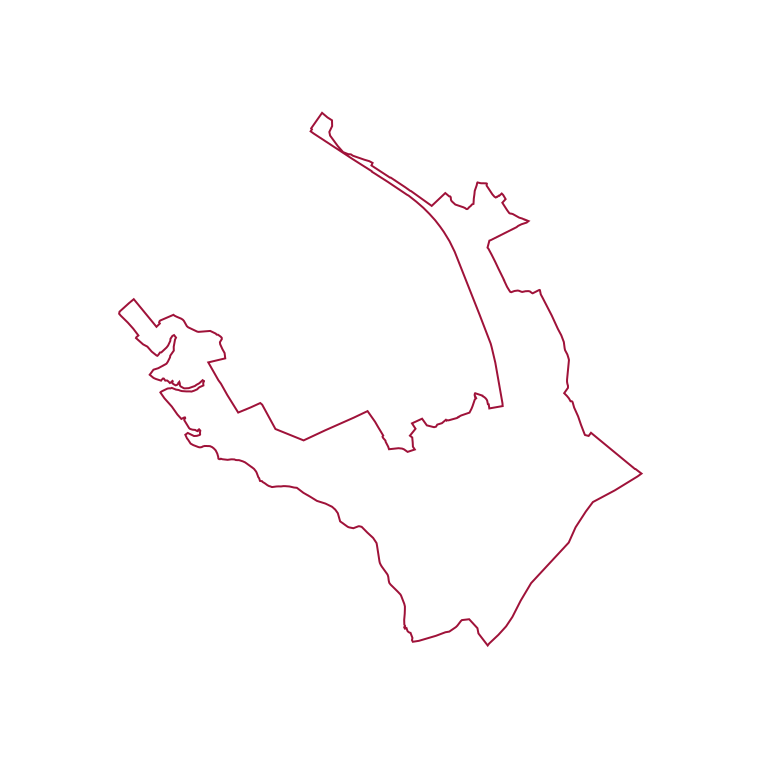 Cernavoda, Constanta, Romania, rotated 202°
{"feature_id": "2599482B32404237581022", "entity_name": "Cernavoda", "entity_type": "district", "adm_level": 2, "iso_a3": "ROU", "parent_name": "Romania", "parent_adm1": "Constanta", "projection": "robinson", "projection_center": [28.079, 44.315], "detail": "fine", "context": "isolated", "style": "outline", "palette": "rose", "viewbox_px": 768, "rotation_deg": 202, "n_neighbors": 0, "source": "geoboundaries", "source_scale": "gbopen_adm2", "svg_char_len": 6166}
<svg xmlns="http://www.w3.org/2000/svg" viewBox="0 0 768 768"><g transform="rotate(202 384 384)"><path d="M173.0,254.5L153.3,306.2L152.7,322.9L149.1,341.4L146.1,352.8L130.1,371.9L114.2,393.4L111.7,397.4L119.0,399.4L119.5,399.2L173.8,416.3L174.8,412.5L178.5,412.0L179.3,412.7L186.1,420.0L191.9,426.7L198.9,433.4L202.3,437.8L202.9,438.2L203.4,438.3L204.1,438.2L204.6,437.9L207.1,439.9L209.8,441.4L213.5,443.0L212.0,449.3L212.7,451.2L214.0,452.8L215.1,454.6L215.9,456.6L221.4,475.2L221.8,476.0L223.2,477.8L225.1,480.1L228.8,483.2L229.9,484.8L233.0,490.3L237.9,495.6L243.4,500.2L254.2,510.4L270.0,524.0L272.2,525.8L274.6,529.4L274.9,529.5L275.5,529.1L280.1,523.8L281.0,523.8L283.5,524.5L285.0,524.2L287.6,523.0L290.2,521.2L291.1,521.0L293.8,521.0L295.1,520.7L297.9,519.1L300.4,516.8L301.4,516.7L302.8,517.6L306.3,520.2L311.8,525.3L311.7,525.4L321.2,533.9L326.6,538.9L332.4,544.0L337.9,548.6L339.1,549.2L340.0,556.4L339.0,557.3L319.9,579.0L318.8,580.9L316.4,583.6L312.2,587.1L311.0,589.2L313.8,589.2L313.7,589.1L315.1,589.0L317.7,589.2L321.0,588.9L328.1,589.8L329.5,589.7L330.9,589.3L331.9,589.4L334.7,591.1L342.2,596.4L340.5,601.0L344.3,603.9L346.2,604.7L347.7,601.6L348.2,601.6L349.1,599.9L349.6,599.8L350.2,598.8L351.7,599.0L354.5,600.4L363.2,606.4L363.7,608.3L364.5,608.3L369.5,606.4L372.8,605.9L372.9,605.2L372.5,603.0L372.2,597.0L371.3,594.0L370.2,589.6L368.5,584.5L369.7,583.4L370.4,581.3L371.1,580.2L372.0,577.8L372.5,577.3L373.2,577.1L374.7,577.5L376.6,577.6L385.1,577.1L389.1,578.6L390.4,579.3L391.1,580.2L392.1,582.2L393.0,582.7L393.8,582.4L398.7,584.0L406.5,567.0L431.3,573.0L431.9,572.9L438.6,574.5L455.2,577.9L455.7,577.6L477.5,581.9L477.4,584.7L481.1,585.1L486.2,584.6L498.4,584.0L500.7,584.5L503.3,583.7L508.8,583.7L516.0,587.3L527.0,594.1L529.1,597.2L528.7,603.7L531.0,609.0L536.3,610.0L543.0,612.2L547.3,593.7L546.2,593.1L546.7,590.8L543.1,589.9L497.9,580.9L475.1,576.7L474.8,576.3L456.5,572.9L433.6,568.1L431.8,567.9L422.2,565.1L413.5,562.1L405.5,558.7L397.9,555.0L390.9,550.9L385.6,547.5L376.7,540.9L367.9,533.0L321.0,483.7L300.2,461.4L298.0,458.5L288.8,445.5L267.0,410.6L265.7,408.0L277.2,400.8L279.3,404.4L280.1,404.2L282.1,407.2L283.0,408.0L284.4,408.8L286.0,409.4L288.1,409.7L288.3,410.1L295.9,409.6L295.9,409.1L296.1,409.0L295.9,407.8L294.7,406.1L294.5,406.5L293.3,405.4L293.6,405.1L293.5,404.6L294.0,403.4L293.6,396.6L293.6,394.0L294.0,389.5L300.7,383.7L302.7,381.3L302.5,381.2L303.6,379.8L310.5,374.5L311.8,374.1L312.2,373.5L313.2,374.0L315.6,369.4L319.4,366.3L319.8,363.9L321.4,362.7L328.8,361.7L335.7,366.1L343.3,358.0L338.0,354.3L340.6,345.8L337.8,345.0L335.6,340.8L333.7,336.7L330.9,334.8L336.7,329.9L341.0,330.9L343.0,330.9L346.5,329.9L354.9,325.4L356.7,327.5L360.8,331.0L361.5,332.1L364.5,333.6L365.4,334.3L365.7,334.8L365.4,335.9L373.5,342.0L378.1,345.6L389.1,352.7L399.4,341.5L421.2,319.0L437.4,301.6L467.8,301.6L489.2,319.2L491.6,320.0L498.9,312.3L508.5,302.9L525.2,315.1L535.3,323.2L539.0,325.5L555.0,338.2L540.8,348.3L543.4,353.0L546.9,355.8L550.8,359.5L551.8,361.3L551.2,364.9L551.8,366.1L553.1,366.7L556.3,367.5L557.7,367.1L558.9,367.7L565.0,368.1L575.4,362.9L576.8,362.6L586.8,363.2L588.5,363.8L593.1,367.5L594.5,368.2L596.3,368.6L601.6,368.7L604.0,368.9L605.1,369.3L615.2,359.1L615.6,358.4L615.6,356.9L614.5,356.1L616.4,351.8L647.8,368.9L650.8,363.3L656.3,352.0L655.9,349.9L653.8,348.8L644.6,345.0L637.3,341.4L629.9,337.0L631.1,334.7L631.2,333.7L622.2,330.5L617.4,330.0L611.5,327.0L605.5,325.2L604.6,325.3L604.0,327.0L603.5,329.3L602.3,329.9L599.3,336.3L598.6,338.8L598.3,343.9L598.9,345.9L598.2,349.3L597.0,350.7L594.2,349.1L594.4,346.9L592.9,339.7L591.4,336.2L592.8,330.2L592.4,328.6L592.8,323.6L593.3,321.3L599.2,314.1L603.1,310.9L604.7,304.8L600.0,303.3L597.4,303.2L592.0,303.6L591.9,304.2L590.9,306.4L590.1,306.5L588.1,305.2L586.4,306.0L584.9,305.6L582.9,304.7L582.2,305.6L581.3,307.6L580.9,307.4L580.9,306.0L580.4,305.4L579.1,305.0L576.7,304.7L575.8,305.4L575.0,306.8L575.1,307.9L574.6,309.3L573.6,308.1L572.8,306.4L571.8,305.6L568.1,305.1L567.1,305.3L563.5,307.0L558.6,311.3L557.5,313.1L555.6,315.4L553.6,319.6L552.9,319.4L552.0,319.3L551.9,319.0L552.1,317.4L550.9,315.0L553.7,312.1L554.4,311.1L555.2,309.1L557.4,306.8L559.6,304.9L561.6,304.3L564.8,303.0L568.8,301.7L570.5,301.5L572.2,301.5L574.8,300.9L579.3,300.9L580.4,299.9L581.4,299.6L583.0,298.7L587.0,294.3L588.1,292.8L588.2,292.4L582.2,288.5L572.3,283.6L564.1,278.3L558.8,275.7L556.6,278.2L555.9,278.4L555.5,277.8L555.9,276.4L555.6,275.6L548.2,270.1L547.0,269.7L544.5,269.9L541.8,270.7L540.3,270.4L539.0,270.5L538.8,271.6L539.0,271.8L538.5,272.7L536.9,272.0L536.4,270.0L535.6,268.3L535.8,267.7L538.1,265.8L540.7,264.6L547.6,265.1L549.2,262.5L546.2,259.7L545.0,259.1L541.0,256.3L538.0,255.9L532.3,256.0L530.9,256.3L529.4,257.2L528.5,258.3L527.0,259.4L522.1,261.2L519.7,261.1L517.6,260.5L515.2,259.4L512.5,257.0L510.4,254.3L509.6,252.8L508.7,252.6L507.8,252.9L507.3,253.6L505.7,253.7L500.6,255.1L497.3,257.0L494.5,258.0L492.8,258.0L489.8,259.1L486.0,259.4L483.4,259.3L474.1,257.0L472.7,256.6L471.7,256.0L469.8,254.9L468.8,254.0L465.5,250.4L464.5,249.9L462.7,247.7L460.7,248.2L459.9,247.7L457.3,247.3L454.2,246.5L452.4,246.3L450.6,246.5L449.7,246.4L449.0,246.6L445.5,248.6L443.4,249.6L441.2,250.4L438.9,251.7L437.3,252.3L433.2,253.6L428.7,254.3L425.9,255.1L417.9,252.9L410.5,251.9L402.4,250.5L393.5,251.2L386.1,250.7L382.0,249.2L378.4,246.9L373.2,240.2L364.1,238.0L362.7,238.0L358.4,238.8L354.4,242.5L353.4,242.9L351.2,243.2L343.8,240.0L336.4,237.2L331.3,233.7L329.9,231.5L321.8,217.9L320.8,216.5L319.4,215.2L317.7,213.9L309.9,209.0L309.1,208.4L307.8,206.8L305.9,203.4L304.6,201.6L302.8,200.5L293.4,196.6L289.9,195.0L288.8,194.1L282.9,187.8L281.3,185.6L280.3,183.1L278.7,178.7L276.9,172.8L275.0,168.5L273.9,167.7L273.6,167.0L273.9,166.7L273.3,166.2L272.9,166.3L273.7,165.6L272.9,165.0L271.7,166.1L269.8,163.9L269.2,163.5L267.7,163.1L266.5,163.1L266.2,163.2L262.5,159.2L262.1,157.0L260.7,155.8L255.5,158.9L241.5,170.0L234.1,176.8L230.7,178.9L226.3,185.5L225.5,187.3L223.9,193.1L223.3,194.3L216.9,197.8L205.9,192.6L203.0,188.1L189.9,180.4L189.3,182.7L184.0,194.2L180.0,205.0L177.7,216.1L176.1,234.4L173.0,254.5Z" fill="none" stroke="#9f1239" stroke-width="2"/></g></svg>